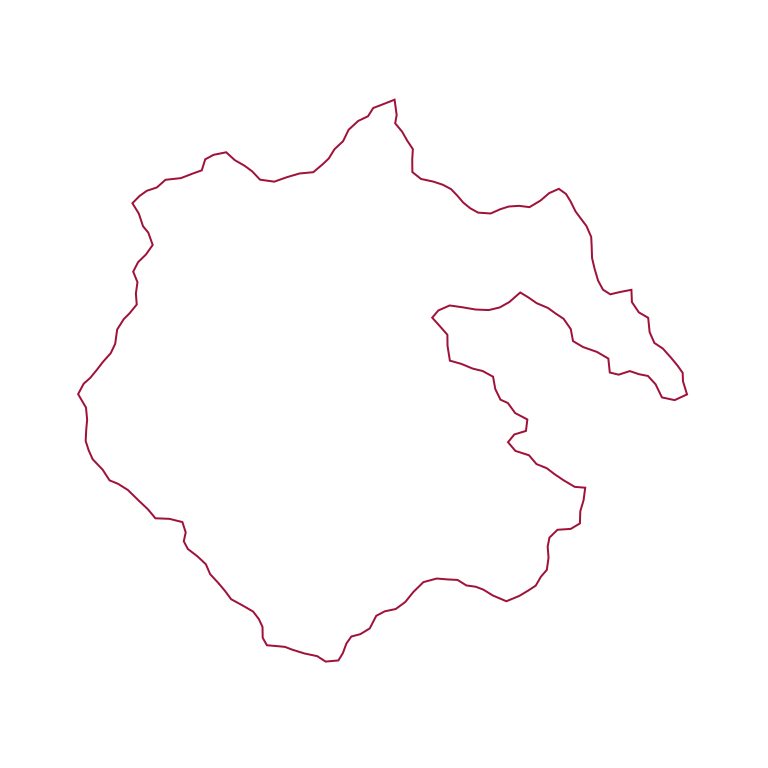 Ouro Branco, Minas Gerais, Brazil (orthographic projection), rotated 188°
{"feature_id": "56859067B93796062388454", "entity_name": "Ouro Branco", "entity_type": "district", "adm_level": 2, "iso_a3": "BRA", "parent_name": "Brazil", "parent_adm1": "Minas Gerais", "projection": "orthographic", "projection_center": [-43.694, -20.527], "detail": "fine", "context": "isolated", "style": "outline", "palette": "rose", "viewbox_px": 768, "rotation_deg": 188, "n_neighbors": 0, "source": "geoboundaries", "source_scale": "gbopen_adm2", "svg_char_len": 2776}
<svg xmlns="http://www.w3.org/2000/svg" viewBox="0 0 768 768"><g transform="rotate(188 384 384)"><path d="M82.5,415.9L88.3,428.3L89.8,436.6L95.9,443.1L103.0,449.6L112.8,457.9L122.0,462.3L128.2,472.4L131.6,486.3L141.6,490.4L149.9,499.6L152.1,511.7L163.2,507.9L172.4,504.3L180.3,507.9L186.4,516.2L191.5,527.4L195.5,537.7L197.6,549.8L199.3,558.5L205.5,568.6L212.0,575.1L218.4,581.6L224.5,590.6L230.2,597.5L238.0,601.6L247.0,596.0L254.6,587.4L264.5,579.4L275.2,579.2L285.2,577.1L293.1,573.3L302.1,567.7L314.7,566.8L323.0,570.0L330.8,574.7L337.7,580.8L344.7,586.3L353.5,589.5L363.4,591.3L375.9,592.2L385.4,597.8L387.3,610.3L388.1,620.6L394.7,628.0L401.1,636.3L409.2,643.7L408.9,652.2L413.1,667.0L424.1,660.8L433.1,655.8L437.1,646.9L446.1,641.0L454.4,630.9L458.3,618.8L465.7,609.6L470.1,599.6L475.3,593.1L483.5,583.9L497.0,580.7L508.3,575.6L520.8,569.1L535.2,569.1L544.1,576.2L552.4,580.7L562.9,584.9L572.5,591.5L584.7,587.2L592.3,581.6L594.2,570.2L602.5,565.9L613.8,559.6L628.8,555.8L636.3,547.0L645.8,542.3L652.4,536.0L658.3,528.0L650.5,518.6L644.6,506.7L638.5,501.1L632.4,489.5L637.7,479.2L644.5,470.4L648.0,460.3L642.3,450.5L642.3,439.0L639.9,428.3L645.8,418.6L650.7,412.1L655.8,400.9L655.8,386.3L658.9,376.5L665.5,366.6L670.2,358.3L675.8,349.1L681.4,342.6L685.5,331.4L675.8,319.1L673.0,307.3L672.5,297.2L671.5,286.0L667.2,277.2L662.0,268.9L650.7,260.0L642.4,250.4L633.4,248.1L622.9,243.4L610.8,234.5L600.4,227.1L591.7,219.2L577.8,220.6L564.4,219.2L559.7,209.4L560.4,200.4L555.3,193.3L544.8,187.4L535.3,180.7L529.7,171.5L520.6,164.1L512.7,157.0L505.4,149.6L492.4,144.7L481.9,140.4L475.3,133.9L470.5,126.5L468.8,115.8L463.6,109.0L454.1,109.5L445.5,109.9L437.7,108.1L425.4,106.1L412.3,105.2L403.2,101.0L390.7,103.9L387.3,111.7L385.1,121.8L381.2,129.4L372.6,133.0L364.1,140.0L359.4,153.4L351.6,159.0L341.1,162.8L332.6,171.1L326.0,182.1L317.4,193.3L304.7,198.7L294.2,199.3L283.9,200.2L274.4,196.0L264.8,196.0L257.0,194.2L246.8,189.7L232.6,185.9L220.5,193.0L212.7,199.3L205.7,205.4L201.8,215.0L196.9,222.6L196.9,235.0L199.3,245.7L198.8,254.9L191.9,263.8L178.9,266.5L170.6,273.2L171.9,285.4L170.2,296.6L170.3,309.3L180.9,308.7L193.1,313.8L202.7,318.5L211.0,323.2L221.8,325.9L230.5,333.6L244.5,336.0L253.1,343.6L247.9,352.2L236.9,357.3L237.1,368.8L250.1,373.5L258.7,382.4L266.5,384.7L273.1,394.5L277.0,406.4L288.2,410.6L298.3,411.6L310.3,414.7L322.0,416.3L326.4,430.6L328.1,441.6L337.4,449.6L345.5,456.4L340.4,464.4L329.9,470.9L317.3,470.9L303.6,470.5L290.5,471.8L280.1,475.9L271.3,482.6L261.8,493.6L253.0,489.8L244.1,485.3L232.2,482.1L223.9,477.7L215.3,473.6L206.7,464.4L202.8,452.8L192.0,448.3L177.6,445.4L165.4,440.4L162.0,426.8L152.9,425.9L142.4,431.0L132.9,429.2L123.8,428.7L115.0,421.5L106.9,409.4L93.9,408.5L82.5,415.9Z" fill="none" stroke="#9f1239" stroke-width="2"/></g></svg>